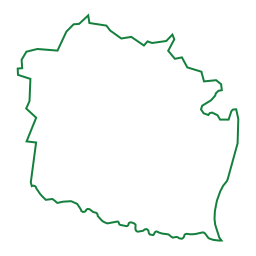 Camden, Georgia, United States of America (Robinson projection)
{"feature_id": "52423323B71362647483761", "entity_name": "Camden", "entity_type": "district", "adm_level": 2, "iso_a3": "USA", "parent_name": "United States of America", "parent_adm1": "Georgia", "projection": "robinson", "projection_center": [-81.646, 30.939], "detail": "fine", "context": "isolated", "style": "outline", "palette": "green", "viewbox_px": 256, "rotation_deg": 0, "n_neighbors": 0, "source": "geoboundaries", "source_scale": "gbopen_adm2", "svg_char_len": 2065}
<svg xmlns="http://www.w3.org/2000/svg" viewBox="0 0 256 256"><path d="M31.8,186.1L33.1,185.7L34.6,185.9L35.7,186.8L36.4,188.5L40.0,193.8L42.4,196.5L45.8,199.8L52.4,199.0L55.0,200.9L56.8,202.6L57.5,202.9L63.0,201.7L70.7,201.2L71.4,201.3L77.2,203.9L80.7,209.2L81.4,211.0L82.8,211.9L84.5,211.8L85.5,211.2L86.4,209.7L87.4,209.0L89.3,209.1L91.0,210.3L92.8,211.8L94.4,212.4L95.9,212.7L96.4,213.0L96.9,213.4L97.3,214.0L97.6,214.7L97.7,215.9L97.9,216.2L102.2,220.9L104.3,222.2L107.3,223.4L117.7,221.5L118.6,222.2L119.0,223.7L119.3,224.2L120.2,224.9L126.8,226.2L127.9,225.5L128.3,225.0L128.7,223.4L129.1,222.9L130.2,222.4L131.2,222.4L133.6,223.1L134.4,223.7L135.4,224.4L135.6,225.5L135.4,227.8L135.5,229.4L136.1,230.7L136.6,231.2L137.9,231.7L143.2,230.7L144.7,229.4L146.6,229.1L147.9,230.0L148.4,230.8L148.9,233.1L149.7,234.4L153.0,235.1L153.8,234.5L154.6,232.8L155.3,231.9L156.5,231.4L159.6,232.8L162.4,233.6L167.9,234.3L168.8,234.6L171.0,236.5L172.8,237.6L176.6,236.9L178.0,237.4L179.0,238.2L179.9,238.4L180.7,238.6L181.4,238.7L182.1,238.6L182.8,238.2L183.7,237.2L184.1,236.4L184.3,235.5L184.8,234.6L185.7,234.0L186.7,233.8L189.5,234.2L191.7,234.3L195.4,234.0L202.7,232.4L203.6,232.5L205.1,233.5L208.4,238.0L209.7,238.7L213.1,239.8L215.0,240.1L219.6,240.6L221.5,240.5L219.3,237.6L215.2,224.7L214.5,218.9L214.9,211.0L216.9,200.7L220.3,191.2L223.1,185.8L227.0,181.0L227.9,178.5L237.6,143.3L238.3,119.0L236.2,109.3L233.1,109.5L231.4,111.1L228.6,119.6L220.1,119.6L217.5,115.2L212.1,112.6L209.8,113.1L208.3,115.0L203.7,113.3L201.0,109.4L202.2,105.7L211.0,100.3L215.2,95.6L215.8,93.4L218.4,90.8L221.8,90.2L221.1,84.2L216.1,80.2L204.0,81.4L201.4,71.7L187.3,67.4L181.9,57.4L174.9,58.8L168.2,50.8L174.3,39.3L172.4,34.6L166.3,41.0L152.1,43.0L147.5,41.4L143.9,45.5L131.3,36.9L121.3,38.5L110.1,30.5L106.4,25.6L89.4,23.0L88.2,15.4L79.1,23.9L73.6,24.3L66.4,31.6L57.5,50.6L37.2,49.0L26.4,51.7L21.6,59.8L22.2,68.2L17.7,68.6L18.0,74.9L30.4,78.9L29.5,101.1L26.2,108.5L36.2,117.7L33.2,125.0L26.6,141.4L36.1,142.5L30.8,182.4L31.8,186.1Z" fill="none" stroke="#15803d" stroke-width="2"/></svg>